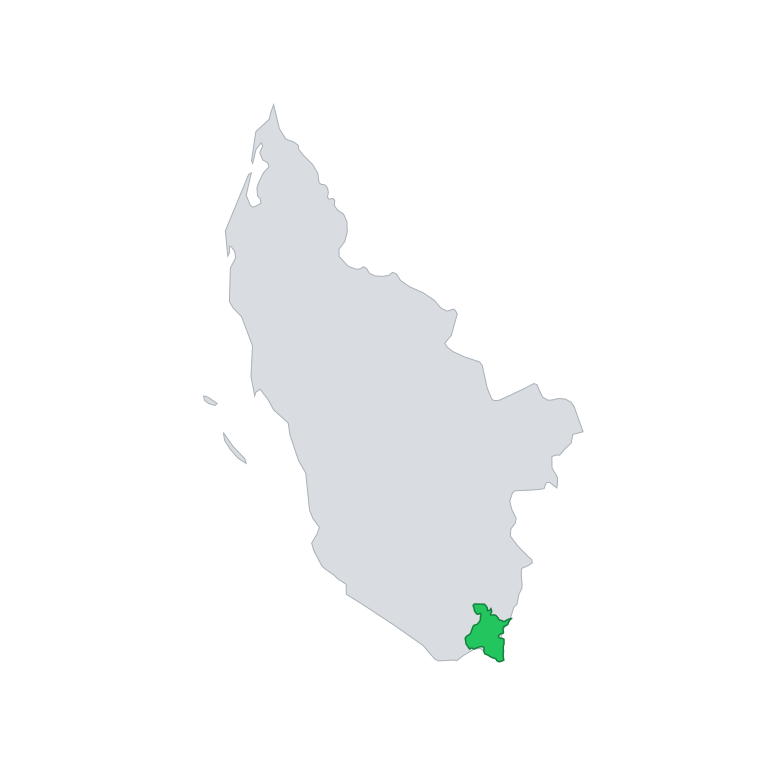 Ocotepeque on a map of Honduras (Mercator projection), rotated 253°
{"feature_id": "HND-653", "entity_name": "Ocotepeque", "entity_type": "Department", "adm_level": 1, "iso_a3": "HND", "parent_name": "Honduras", "parent_adm1": "", "projection": "mercator", "projection_center": [-89.003, 14.47], "detail": "fine", "context": "in_parent", "style": "filled", "palette": "green", "viewbox_px": 768, "rotation_deg": 253, "n_neighbors": 0, "source": "natural_earth", "source_scale": "10m", "svg_char_len": 4181}
<svg xmlns="http://www.w3.org/2000/svg" viewBox="0 0 768 768"><g transform="rotate(253 384 384)"><path d="M683.4,360.1L658.6,358.6L646.9,361.7L641.7,368.6L637.3,371.8L633.6,371.0L626.2,373.8L614.9,379.9L604.8,382.3L595.8,380.8L593.2,382.3L592.5,384.3L591.1,386.3L587.6,387.3L583.6,386.8L579.1,384.6L576.7,385.5L576.4,389.6L574.0,390.6L569.4,388.7L564.2,390.2L558.4,395.0L550.3,396.0L539.8,393.2L531.7,388.0L526.0,380.3L519.1,378.4L507.1,384.1L502.0,390.8L501.0,394.9L502.1,398.6L499.9,401.0L494.3,402.3L490.1,406.8L487.2,414.6L486.6,420.7L488.3,424.9L485.5,428.1L478.2,430.1L469.6,436.8L459.6,448.3L449.7,456.3L439.8,460.8L435.1,465.9L435.4,471.4L434.8,473.1L432.9,473.8L429.7,474.6L410.7,462.5L405.3,454.1L400.5,455.4L394.6,459.6L386.2,469.1L377.1,481.9L372.8,483.4L350.3,481.5L338.4,482.6L335.9,484.3L334.8,489.0L335.5,495.3L338.8,518.0L340.6,527.3L338.8,530.1L332.7,530.6L324.9,531.9L320.5,536.2L319.5,540.6L319.1,546.7L316.6,553.0L311.8,557.6L306.9,559.2L280.1,560.4L280.6,549.9L272.8,545.7L268.4,537.0L264.6,531.1L265.8,527.5L265.5,523.3L254.5,520.1L244.3,522.6L238.4,521.0L234.1,518.8L241.5,513.6L242.1,510.4L239.7,508.2L237.2,506.6L237.9,500.8L239.5,493.9L243.6,477.7L242.1,474.9L235.2,470.0L226.6,469.5L217.0,471.1L212.4,468.6L208.4,463.0L201.6,460.3L189.5,464.8L176.7,471.5L172.8,473.9L169.6,473.6L168.1,468.6L167.5,462.6L166.7,461.2L159.9,459.1L151.9,457.5L147.9,455.9L144.0,451.9L134.5,446.7L132.4,442.8L119.6,433.9L117.1,429.5L114.2,426.3L108.0,422.2L103.3,423.2L87.1,418.1L84.7,417.7L86.9,413.2L92.0,406.3L103.1,398.7L104.0,392.4L101.1,380.5L98.2,372.8L99.8,369.3L103.2,355.4L105.9,352.2L121.9,345.2L123.4,344.2L136.1,334.3L150.1,323.4L164.7,311.3L181.0,297.8L190.0,289.9L194.1,286.5L203.5,289.3L210.9,282.9L215.2,280.7L225.1,273.1L228.2,271.4L244.9,268.2L253.0,268.3L260.1,276.1L265.7,280.3L276.2,276.7L285.1,275.9L321.6,283.1L336.1,279.9L362.8,279.2L374.7,281.0L391.7,270.8L402.5,268.7L415.3,264.0L413.6,259.1L410.5,256.9L430.0,259.0L459.0,269.4L489.9,267.5L501.0,261.9L508.2,260.3L539.8,271.0L548.1,279.1L554.6,280.0L559.7,278.1L561.0,276.4L554.8,274.6L552.0,272.0L576.9,277.1L623.8,315.7L624.8,318.9L604.8,307.4L594.2,308.3L591.4,310.2L592.0,316.4L593.0,319.3L597.5,319.7L600.9,318.0L609.1,320.0L614.6,324.2L621.3,330.5L625.3,337.4L629.6,337.5L633.8,333.4L641.7,332.9L646.9,337.5L650.6,337.2L645.5,330.0L633.4,322.9L636.3,322.6L663.0,335.4L670.6,351.5L676.9,355.2L683.4,360.1ZM368.6,221.3L353.2,229.1L348.3,229.0L355.4,222.9L366.9,217.7L376.6,215.1L384.5,216.2L368.6,221.3ZM421.6,212.9L414.2,218.7L412.9,216.1L416.5,210.7L420.9,207.6L425.2,207.9L424.2,210.3L421.6,212.9Z" fill="#d9dde1" stroke="#a8b0b8" stroke-width="1"/><path d="M86.3,418.0L84.8,417.7L84.6,414.6L84.7,413.1L85.4,411.8L86.4,411.1L88.5,410.6L89.3,409.7L90.3,408.0L91.6,406.5L94.6,403.9L95.5,402.8L96.0,402.0L96.7,401.5L98.3,401.3L99.5,401.5L101.9,402.4L103.1,402.3L104.2,401.2L104.6,399.6L104.7,397.8L104.3,392.8L104.6,392.1L105.7,391.0L105.9,390.2L105.7,388.5L105.6,388.3L107.0,387.9L110.1,386.9L111.4,386.5L117.2,387.3L118.7,389.4L119.4,392.4L120.2,393.8L126.4,398.5L127.0,399.9L126.9,402.5L127.1,403.2L128.4,405.2L130.0,407.0L131.7,407.7L133.1,408.1L134.2,409.0L135.4,409.3L136.4,409.0L136.6,408.8L136.6,408.5L136.3,408.2L136.3,407.8L136.3,406.6L136.6,405.8L137.3,405.3L138.9,404.7L139.8,404.5L140.7,404.3L141.5,404.3L143.4,404.6L145.7,404.4L146.6,404.8L146.8,405.0L147.1,406.5L144.6,413.9L144.4,415.1L144.1,415.5L143.5,416.0L142.8,416.4L140.0,417.3L137.9,417.0L137.3,416.6L137.1,416.6L137.0,416.9L136.7,417.8L136.7,418.5L136.8,419.0L137.9,420.6L135.5,420.6L134.3,420.1L133.8,419.6L132.9,418.5L132.2,418.5L131.7,418.7L131.4,419.7L131.3,421.0L130.7,422.3L130.2,423.2L127.1,424.7L125.5,424.8L124.9,425.3L124.3,426.0L123.5,427.3L122.9,428.0L122.2,428.6L121.8,429.1L121.7,429.9L122.4,432.3L122.7,435.5L122.5,438.2L122.5,437.7L122.1,436.5L121.3,435.0L120.4,433.9L117.9,432.1L117.5,431.2L117.1,428.1L116.5,426.9L114.9,426.1L111.7,425.7L110.6,424.8L110.9,423.8L111.0,422.8L110.8,421.8L110.3,420.9L109.8,420.1L109.3,419.7L108.7,419.6L107.9,419.8L107.1,420.6L105.7,423.3L104.8,424.1L100.4,422.8L97.9,421.1L93.0,420.0L90.0,418.6L86.3,418.0Z" fill="#22c55e" stroke="#15803d" stroke-width="1.5"/></g></svg>